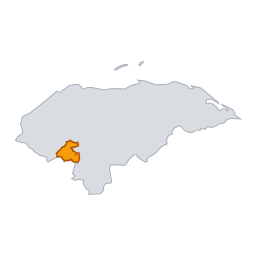 location of La Paz within Honduras
{"feature_id": "HND-649", "entity_name": "La Paz", "entity_type": "Department", "adm_level": 1, "iso_a3": "HND", "parent_name": "Honduras", "parent_adm1": "", "projection": "mercator", "projection_center": [-87.867, 14.132], "detail": "fine", "context": "in_parent", "style": "filled", "palette": "amber", "viewbox_px": 256, "rotation_deg": 0, "n_neighbors": 0, "source": "natural_earth", "source_scale": "10m", "svg_char_len": 3938}
<svg xmlns="http://www.w3.org/2000/svg" viewBox="0 0 256 256"><path d="M240.6,119.0L231.3,118.4L226.9,119.6L224.9,122.2L223.3,123.4L221.9,123.1L219.1,124.2L214.9,126.5L211.1,127.4L207.7,126.8L206.7,127.4L206.4,128.1L205.9,128.9L204.6,129.3L203.1,129.0L201.4,128.2L200.5,128.6L200.4,130.1L199.5,130.5L197.7,129.8L195.8,130.3L193.6,132.1L190.5,132.5L186.6,131.5L183.6,129.5L181.4,126.6L178.8,125.9L174.3,128.1L172.4,130.6L172.0,132.1L172.4,133.5L171.6,134.4L169.5,134.9L167.9,136.6L166.8,139.5L166.6,141.8L167.2,143.4L166.2,144.6L163.4,145.3L160.2,147.9L156.4,152.2L152.7,155.2L149.0,156.9L147.2,158.8L147.3,160.9L147.1,161.5L146.4,161.8L145.2,162.1L138.0,157.5L136.0,154.4L134.2,154.9L132.0,156.5L128.8,160.0L125.4,164.9L123.8,165.4L115.3,164.7L110.8,165.1L109.9,165.7L109.5,167.5L109.7,169.9L111.0,178.4L111.6,181.9L111.0,183.0L108.7,183.2L105.7,183.7L104.1,185.3L103.7,186.9L103.6,189.2L102.6,191.6L100.8,193.3L99.0,193.9L88.9,194.4L89.1,190.4L86.1,188.8L84.5,185.6L83.0,183.3L83.5,182.0L83.4,180.4L79.3,179.2L75.4,180.2L73.2,179.5L71.6,178.7L74.4,176.8L74.6,175.6L73.7,174.7L72.7,174.1L73.0,171.9L73.6,169.3L75.2,163.3L74.6,162.2L72.0,160.4L68.8,160.2L65.2,160.8L63.4,159.8L61.9,157.7L59.3,156.7L54.8,158.4L50.0,160.9L48.5,161.8L47.3,161.7L46.8,159.8L46.5,157.6L46.2,157.0L43.7,156.2L40.7,155.7L39.1,155.1L37.7,153.5L34.1,151.6L33.3,150.1L28.5,146.8L27.5,145.1L26.5,143.9L24.1,142.4L22.3,142.8L16.3,140.8L15.4,140.7L16.2,139.0L18.1,136.4L22.3,133.5L22.6,131.2L21.5,126.7L20.5,123.8L21.0,122.5L22.3,117.3L23.3,116.0L29.4,113.4L29.9,113.0L34.7,109.3L40.0,105.2L45.5,100.6L51.6,95.6L55.0,92.6L56.5,91.3L60.1,92.4L62.8,90.0L64.5,89.1L68.2,86.3L69.4,85.6L75.7,84.4L78.7,84.5L81.4,87.4L83.5,89.0L87.4,87.6L90.8,87.3L104.5,90.0L110.0,88.8L120.0,88.6L124.5,89.3L130.9,85.4L135.0,84.6L139.8,82.8L139.1,81.0L138.0,80.2L145.3,81.0L156.2,84.9L167.8,84.2L172.0,82.1L174.7,81.5L186.6,85.5L189.7,88.5L192.2,88.9L194.1,88.1L194.6,87.5L192.2,86.8L191.2,85.9L200.6,87.8L218.2,102.3L218.6,103.5L211.0,99.2L207.0,99.5L206.0,100.2L206.2,102.6L206.6,103.7L208.3,103.8L209.6,103.2L212.7,103.9L214.7,105.5L217.3,107.9L218.8,110.5L220.4,110.5L222.0,108.9L225.0,108.8L226.9,110.5L228.3,110.4L226.4,107.7L221.8,105.0L222.9,104.9L233.0,109.7L235.8,115.8L238.2,117.2L240.6,119.0ZM122.2,66.8L116.4,69.7L114.6,69.7L117.2,67.4L121.5,65.4L125.2,64.5L128.2,64.9L122.2,66.8ZM142.1,63.6L139.4,65.8L138.9,64.8L140.2,62.8L141.9,61.6L143.5,61.8L143.1,62.6L142.1,63.6Z" fill="#d9dde1" stroke="#a8b0b8" stroke-width="1"/><path d="M58.4,156.8L57.8,156.8L56.9,156.6L57.2,154.6L56.9,153.9L56.6,153.7L56.4,153.3L56.4,153.1L56.5,153.0L56.9,152.9L58.8,150.7L59.2,150.3L60.3,149.8L60.4,149.7L60.7,149.2L61.0,148.5L61.6,147.9L62.8,146.8L64.3,146.8L64.6,146.2L64.6,145.9L64.7,145.5L65.0,145.3L65.4,145.1L65.7,144.9L65.9,144.6L66.5,143.5L66.4,142.4L66.5,141.9L66.6,141.7L67.0,141.8L67.3,141.8L67.7,141.8L68.1,141.6L68.5,141.4L70.2,140.2L70.5,140.7L71.0,141.3L72.5,141.7L72.8,142.1L74.1,142.3L74.4,142.6L75.2,142.8L75.6,142.9L75.9,142.9L77.5,142.3L78.1,143.4L78.2,143.7L78.3,144.4L78.1,144.8L78.4,145.1L78.3,145.6L77.9,146.0L77.4,146.3L76.9,146.4L76.3,146.3L75.8,146.7L75.5,146.8L74.7,147.1L74.3,147.2L73.7,147.3L73.0,147.2L71.6,147.6L71.4,147.5L71.2,147.5L71.0,147.8L71.2,148.6L72.4,149.1L72.9,149.7L72.7,150.3L72.6,150.6L72.7,150.8L72.8,150.9L73.4,151.1L73.8,151.2L74.2,151.4L74.6,151.6L75.2,152.1L75.6,152.4L75.8,152.7L76.1,153.1L76.1,154.3L77.0,153.4L77.5,153.1L78.8,152.9L79.5,157.8L79.4,158.6L79.1,159.9L79.0,160.1L78.9,160.3L78.6,161.2L77.6,162.5L76.9,162.5L76.0,161.9L74.5,161.9L73.9,162.0L73.3,161.5L73.1,161.4L72.6,161.2L72.4,161.1L72.1,160.7L71.8,159.7L71.4,159.4L70.9,159.4L70.5,159.7L70.2,160.1L69.9,160.4L69.5,160.4L68.8,160.2L68.5,160.2L68.2,160.3L67.7,160.7L67.5,160.8L67.3,160.7L66.8,160.3L66.6,160.3L65.9,160.4L64.3,161.3L64.0,160.3L63.4,159.6L62.7,159.0L62.2,158.4L61.7,157.0L61.2,156.6L60.3,156.6L58.4,156.8Z" fill="#f59e0b" stroke="#b45309" stroke-width="1.5"/></svg>